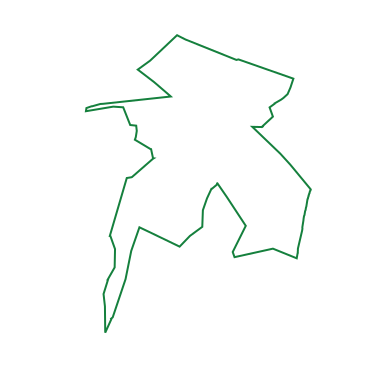 the district of Marondera Urban, Mashonaland East, Zimbabwe, rotated 9°
{"feature_id": "62879985B19801447956475", "entity_name": "Marondera Urban", "entity_type": "district", "adm_level": 2, "iso_a3": "ZWE", "parent_name": "Zimbabwe", "parent_adm1": "Mashonaland East", "projection": "equal_earth", "projection_center": [31.561, -18.213], "detail": "fine", "context": "isolated", "style": "outline", "palette": "green", "viewbox_px": 384, "rotation_deg": 9, "n_neighbors": 0, "source": "geoboundaries", "source_scale": "gbopen_adm2", "svg_char_len": 1723}
<svg xmlns="http://www.w3.org/2000/svg" viewBox="0 0 384 384"><g transform="rotate(9 192 192)"><path d="M87.7,119.4L79.9,123.0L79.5,123.0L74.6,125.6L74.6,128.8L100.9,120.0L110.8,119.1L120.5,135.5L126.5,135.2L127.9,140.3L127.9,146.6L127.4,149.3L144.3,156.1L144.9,156.1L148.2,164.7L148.9,164.7L148.2,165.3L130.4,186.6L129.9,186.9L125.4,188.4L117.7,248.3L118.3,248.3L124.9,260.4L127.4,278.6L122.0,292.9L122.7,292.1L120.6,306.6L123.9,318.6L128.3,344.5L132.1,330.7L132.3,329.7L131.3,330.5L133.3,328.2L140.0,288.5L141.2,259.7L145.6,235.1L156.1,238.2L188.3,247.9L196.9,235.6L207.6,224.8L205.6,208.3L207.8,196.0L210.7,185.8L211.1,185.8L215.7,180.5L215.2,178.9L227.1,191.4L250.4,217.0L241.6,244.9L244.2,249.7L280.8,235.3L305.8,241.1L305.9,235.5L306.0,235.5L306.0,235.4L305.8,234.3L305.7,232.9L305.5,231.8L305.5,231.0L306.8,212.9L306.8,212.1L306.8,211.0L306.5,209.6L306.5,208.9L306.5,207.8L306.5,206.3L306.5,205.2L306.5,203.8L306.5,202.7L306.4,200.9L306.4,199.4L306.4,198.3L306.7,197.2L306.7,195.8L306.7,194.3L306.7,193.2L307.0,192.1L307.0,190.7L307.0,189.6L307.2,188.5L307.2,185.6L307.2,184.5L307.2,181.6L307.2,180.9L307.5,180.5L307.5,179.0L307.8,178.3L307.7,178.0L307.7,177.6L307.7,176.9L308.0,176.5L308.0,175.0L308.3,174.7L308.3,174.0L308.3,173.6L308.3,172.9L308.6,172.5L308.6,172.1L308.6,171.8L308.6,171.4L308.8,171.4L308.8,171.0L309.4,171.3L284.9,149.7L273.3,140.4L241.4,118.2L251.0,116.9L251.3,116.6L251.0,116.5L260.1,104.9L255.4,96.3L259.8,91.9L259.7,91.6L265.6,86.8L267.6,84.8L271.1,80.4L272.9,73.4L274.4,64.2L244.2,58.7L233.3,56.7L217.8,53.9L217.1,53.8L215.2,54.6L161.7,42.4L152.7,39.5L130.1,68.8L119.3,79.6L137.4,89.4L154.9,100.2L156.1,101.0L90.4,118.8L87.7,119.4Z" fill="none" stroke="#15803d" stroke-width="2"/></g></svg>